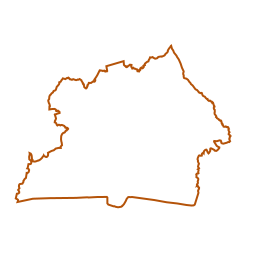 outline of Wa East, Upper West, Ghana, rotated 7°
{"feature_id": "2480657B52594370214383", "entity_name": "Wa East", "entity_type": "district", "adm_level": 2, "iso_a3": "GHA", "parent_name": "Ghana", "parent_adm1": "Upper West", "projection": "natural_earth1", "projection_center": [-2.09, 10.084], "detail": "fine", "context": "isolated", "style": "outline", "palette": "amber", "viewbox_px": 256, "rotation_deg": 7, "n_neighbors": 0, "source": "geoboundaries", "source_scale": "gbopen_adm2", "svg_char_len": 5714}
<svg xmlns="http://www.w3.org/2000/svg" viewBox="0 0 256 256"><g transform="rotate(7 128 128)"><path d="M213.2,104.4L212.5,103.9L212.0,102.5L212.2,101.7L212.0,100.3L211.8,99.3L211.2,98.9L210.7,97.8L210.7,96.7L211.3,96.3L211.2,95.9L210.5,95.2L209.3,92.5L209.0,92.5L209.1,93.1L208.7,93.1L208.2,91.8L207.6,91.9L206.5,90.9L205.6,90.9L205.2,91.3L203.9,90.6L203.4,89.5L202.9,89.7L201.6,88.8L200.5,87.6L198.6,87.0L198.0,86.3L196.9,84.2L196.3,84.2L195.5,84.6L194.5,84.1L193.9,84.0L193.7,83.5L191.9,81.9L191.1,81.7L190.1,81.2L187.0,77.9L185.1,76.7L184.3,75.5L183.3,74.8L181.7,72.9L180.0,71.9L178.6,71.8L177.4,71.4L176.9,69.8L176.9,68.9L176.3,68.0L176.1,66.8L176.4,65.4L176.3,64.9L174.2,61.6L172.4,57.7L170.0,53.7L167.8,51.2L167.4,50.4L164.5,47.6L163.4,45.5L162.0,44.0L160.8,41.1L160.5,41.4L160.4,42.3L159.8,42.8L158.9,44.4L158.1,46.2L158.2,47.3L157.7,48.3L156.1,50.0L155.9,50.7L155.3,51.6L153.0,53.0L152.6,53.1L152.3,52.9L149.9,53.6L149.1,54.1L148.7,54.9L148.2,55.3L146.5,55.9L144.4,55.1L143.8,54.6L142.5,55.2L141.3,55.2L141.0,56.6L140.4,57.8L140.1,59.4L138.9,60.0L137.0,62.0L136.8,62.7L137.1,63.5L136.1,63.9L135.6,64.4L135.6,65.1L136.2,65.5L135.4,66.8L135.1,67.0L134.1,67.1L133.8,66.5L133.1,67.1L132.9,67.6L133.1,68.9L132.8,69.3L132.6,68.9L132.3,69.0L132.1,70.5L130.5,70.5L130.3,70.1L130.2,68.9L129.9,68.7L128.9,68.7L128.2,68.3L127.2,68.4L125.9,67.5L125.5,67.7L125.3,68.4L125.0,68.5L124.3,67.3L123.7,66.8L123.8,65.0L123.2,64.9L122.1,65.0L121.6,65.7L120.6,66.3L120.4,66.8L119.5,67.7L119.1,67.8L118.5,67.6L118.2,67.2L118.6,67.2L118.5,66.9L117.3,66.7L116.3,65.9L115.5,62.2L99.0,69.3L100.4,74.0L100.1,74.4L99.0,74.2L98.7,74.7L98.3,74.7L97.5,74.0L97.2,74.2L96.4,74.2L96.1,74.5L94.8,74.2L93.8,74.4L93.6,74.2L92.9,74.2L91.1,79.3L90.1,81.5L88.9,83.7L89.4,83.9L89.7,84.3L89.7,85.0L89.4,85.8L89.1,86.1L88.6,86.2L88.0,85.7L85.8,87.8L83.6,88.0L83.3,89.4L82.5,90.5L82.8,91.1L82.4,91.7L82.4,92.5L81.8,93.2L81.9,93.6L81.7,93.8L81.1,93.8L79.5,92.6L79.3,91.6L78.9,90.9L78.9,90.1L78.1,89.9L77.7,89.3L77.8,88.9L76.3,87.1L75.9,86.3L74.0,85.3L72.9,86.1L72.2,86.0L71.2,86.7L70.3,86.8L67.6,86.2L66.5,87.0L64.9,86.6L64.6,86.8L64.0,86.5L63.6,85.8L62.7,85.3L62.4,85.7L61.8,85.7L61.7,85.9L61.2,85.9L59.9,87.1L57.3,86.7L56.7,88.0L56.3,88.4L55.5,90.3L54.6,90.8L54.5,91.3L54.2,91.3L54.4,92.3L54.2,93.0L53.1,94.7L52.3,95.7L51.7,98.9L50.7,99.9L50.0,100.1L49.5,100.6L49.2,101.8L47.9,103.0L47.1,104.5L46.5,105.0L46.1,106.4L46.2,108.9L45.6,110.0L45.5,110.7L46.5,113.0L47.1,113.8L47.8,115.6L47.8,116.0L47.4,116.2L47.7,119.2L50.4,118.4L52.9,118.0L54.2,118.6L54.7,119.9L55.5,119.9L56.3,119.3L58.0,120.3L58.3,121.4L57.4,121.9L56.7,122.0L54.5,123.3L53.9,123.3L53.7,123.5L55.4,127.3L55.1,128.7L54.6,129.9L54.6,131.3L55.3,131.4L56.2,132.1L56.9,133.5L57.6,134.1L58.9,133.2L60.0,133.3L60.5,133.7L61.6,133.1L62.4,133.1L64.5,133.7L64.9,134.3L65.4,134.5L65.8,135.3L66.5,135.2L66.8,135.5L67.1,135.3L67.5,135.7L68.0,135.4L68.5,135.9L68.4,136.1L68.6,136.3L68.4,136.7L67.6,137.6L67.2,137.7L67.2,138.1L66.4,138.6L65.8,140.0L65.5,140.3L64.4,140.7L63.3,142.1L62.7,144.1L62.9,147.4L63.5,149.6L63.9,150.4L64.6,153.1L63.4,154.7L63.7,156.0L61.6,156.2L58.8,157.2L57.1,159.1L54.9,160.1L51.6,162.4L51.9,163.3L51.9,165.2L51.4,166.1L50.8,166.7L49.8,166.7L48.0,165.9L47.7,165.5L47.6,165.9L46.8,167.0L46.4,168.0L44.7,170.1L43.6,170.8L43.3,171.2L42.3,171.4L41.4,172.0L39.7,172.7L37.5,172.7L37.1,171.2L36.6,171.1L35.8,167.4L35.4,166.4L34.6,165.3L33.4,164.9L33.7,165.9L33.4,168.7L33.9,171.2L35.4,172.1L36.2,173.4L36.1,175.2L35.5,175.7L33.6,176.0L33.3,179.6L33.0,180.3L33.7,180.3L34.2,180.7L35.0,181.8L34.8,183.7L33.6,185.1L32.9,185.0L32.8,190.0L31.7,191.1L30.6,193.4L30.8,194.2L30.0,196.1L27.5,196.8L27.1,197.2L26.8,198.0L26.9,199.6L27.6,201.0L26.5,202.9L27.3,203.7L27.8,204.6L27.9,205.5L27.1,206.4L25.7,206.8L25.2,211.6L27.0,212.3L27.6,212.8L27.7,213.6L27.4,214.9L42.2,209.8L58.7,207.2L84.9,203.7L95.1,201.9L97.0,201.7L97.2,201.8L105.6,200.3L115.4,199.0L116.0,199.6L116.7,205.3L117.8,206.4L123.2,207.5L124.0,207.3L125.3,207.7L127.8,207.9L130.8,207.0L131.7,206.3L131.8,205.8L132.2,205.6L133.3,204.0L134.7,200.7L135.3,198.6L136.5,196.7L137.2,196.4L139.2,196.3L140.3,196.0L162.9,196.3L175.4,197.0L186.0,196.9L195.5,197.3L200.6,197.2L202.6,196.8L203.6,195.9L204.4,191.6L205.8,183.9L205.7,183.2L205.3,182.4L205.2,181.5L205.9,179.6L205.8,178.6L205.4,178.6L204.7,177.5L204.3,177.5L204.0,176.8L203.8,176.9L203.9,176.7L203.4,176.3L203.6,175.6L203.4,175.4L204.0,174.5L204.1,173.9L203.7,172.5L204.0,171.0L204.0,170.1L203.8,169.6L203.2,169.1L201.9,168.5L201.8,166.8L201.4,165.8L201.8,165.0L203.2,164.6L203.5,164.3L203.0,163.1L203.2,161.3L203.0,160.7L202.4,160.4L203.4,159.3L202.2,157.9L202.4,156.0L202.8,154.9L201.5,152.8L201.4,151.6L200.8,150.5L201.0,148.9L201.7,146.8L202.1,146.5L203.6,146.7L204.6,146.4L204.5,144.8L204.7,144.3L205.6,143.4L206.2,143.9L206.2,141.9L207.1,140.6L208.2,139.9L208.6,140.0L210.2,142.6L211.0,143.4L211.5,142.8L212.4,140.7L212.2,138.6L212.4,138.2L213.3,138.1L215.1,138.8L216.4,139.3L216.7,139.8L217.2,140.0L218.6,139.9L219.7,138.8L221.0,136.9L221.0,136.1L219.1,135.4L218.2,134.9L215.1,131.1L215.2,130.4L217.8,130.3L220.4,129.1L221.6,129.2L222.1,130.0L222.4,131.3L223.2,131.8L224.6,131.9L227.8,130.6L229.0,129.8L230.3,129.6L230.5,128.6L230.8,128.5L229.9,126.7L230.1,126.2L229.9,125.9L230.1,125.3L230.1,124.9L230.7,123.6L230.0,123.4L229.9,122.6L228.7,122.0L228.7,120.8L229.3,119.8L228.1,118.2L227.8,116.7L228.2,116.5L227.4,115.1L226.9,114.8L225.8,115.1L224.9,114.5L224.2,115.0L222.7,115.0L221.8,113.4L221.5,113.5L221.1,113.2L220.9,112.5L221.0,112.1L220.3,111.7L220.2,110.7L219.6,110.1L219.6,109.5L219.2,109.2L218.4,109.4L218.1,109.0L217.4,108.9L217.2,108.4L215.1,107.4L214.7,106.8L214.0,106.4L214.2,105.6L213.2,104.4Z" fill="none" stroke="#b45309" stroke-width="2"/></g></svg>